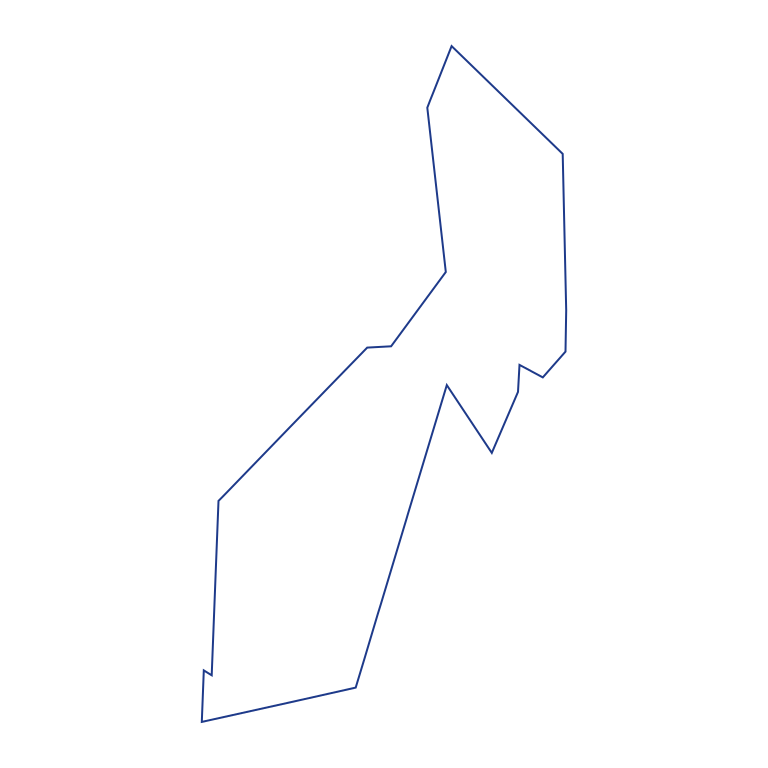 Flores do Piauí, Piauí, Brazil
{"feature_id": "56859067B16449263184435", "entity_name": "Flores do Piauí", "entity_type": "district", "adm_level": 2, "iso_a3": "BRA", "parent_name": "Brazil", "parent_adm1": "Piauí", "projection": "equal_earth", "projection_center": [-42.859, -7.648], "detail": "fine", "context": "isolated", "style": "outline", "palette": "blue", "viewbox_px": 768, "rotation_deg": 0, "n_neighbors": 0, "source": "geoboundaries", "source_scale": "gbopen_adm2", "svg_char_len": 497}
<svg xmlns="http://www.w3.org/2000/svg" viewBox="0 0 768 768"><path d="M566.2,310.3L562.7,153.9L451.6,46.1L433.6,91.7L430.2,100.2L427.3,107.7L445.8,272.0L391.1,346.3L367.2,347.6L328.4,387.5L288.8,428.3L224.8,494.5L218.5,500.9L215.5,577.5L211.7,675.3L203.8,670.4L201.8,721.9L297.4,700.7L355.7,687.6L364.4,658.9L377.7,614.3L380.8,604.3L406.3,519.5L408.0,513.7L446.8,385.1L491.8,452.9L518.0,391.9L519.5,364.9L542.8,377.4L565.5,351.6L566.2,310.3Z" fill="none" stroke="#1e3a8a" stroke-width="2"/></svg>